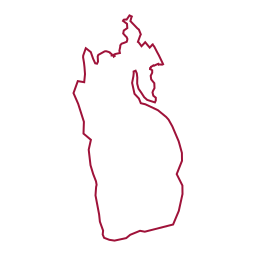 Okrika, Rivers, Nigeria
{"feature_id": "59680162B90615098764032", "entity_name": "Okrika", "entity_type": "district", "adm_level": 2, "iso_a3": "NGA", "parent_name": "Nigeria", "parent_adm1": "Rivers", "projection": "natural_earth1", "projection_center": [7.075, 4.627], "detail": "fine", "context": "isolated", "style": "outline", "palette": "rose", "viewbox_px": 256, "rotation_deg": 0, "n_neighbors": 0, "source": "geoboundaries", "source_scale": "gbopen_adm2", "svg_char_len": 2018}
<svg xmlns="http://www.w3.org/2000/svg" viewBox="0 0 256 256"><path d="M83.5,133.6L90.9,139.8L88.7,149.7L90.5,165.2L93.2,174.1L96.0,181.3L96.6,184.8L96.1,187.0L95.5,195.4L99.1,214.4L99.9,221.7L101.5,226.2L103.1,230.6L102.7,234.5L104.1,237.8L109.3,239.8L114.5,240.6L126.2,238.1L130.2,234.8L140.0,230.8L144.8,231.7L173.1,224.5L178.8,210.9L182.5,194.0L182.4,185.5L176.7,174.1L182.0,160.8L181.9,152.9L179.4,143.8L178.6,141.1L172.3,126.3L168.6,119.7L166.2,117.0L157.9,110.2L145.4,104.3L140.8,103.2L138.9,98.5L134.5,93.8L132.1,82.9L133.4,76.2L133.7,73.3L133.6,71.5L135.6,70.7L136.8,73.4L137.3,77.6L137.2,80.8L137.2,83.8L138.5,88.7L141.3,92.7L144.2,97.2L147.2,99.9L154.9,102.4L155.8,100.4L155.8,97.7L153.3,95.7L152.5,92.4L153.1,90.7L154.5,88.1L154.3,83.2L151.2,79.4L150.7,75.8L151.5,74.2L152.2,72.7L152.2,70.3L151.2,69.6L150.0,69.1L150.1,68.0L150.9,67.5L151.0,66.8L152.3,66.1L152.9,65.7L153.3,65.4L153.5,65.3L153.8,65.5L154.0,65.7L155.5,65.0L157.8,64.0L158.4,63.8L158.7,64.6L158.9,64.5L162.0,64.6L162.3,64.6L162.6,64.5L163.1,64.2L161.5,60.8L158.8,55.2L157.1,52.1L154.2,46.5L153.5,45.7L153.0,45.0L152.7,44.4L152.4,44.6L151.9,45.1L151.1,46.1L149.7,47.6L145.2,42.2L143.4,44.2L141.5,46.2L138.7,42.4L137.9,41.9L140.2,35.6L140.8,34.4L138.9,29.6L137.4,28.4L130.4,21.1L131.3,17.7L131.8,16.5L129.5,15.4L127.4,18.5L126.9,19.2L126.6,19.6L125.8,19.5L124.4,19.6L123.8,19.7L123.7,19.8L123.5,20.0L123.0,20.9L127.0,23.8L127.3,28.1L123.8,30.5L123.2,33.5L125.6,36.2L126.6,37.1L127.4,39.0L127.2,40.2L126.7,41.8L124.2,42.8L121.6,43.7L120.3,45.3L120.2,47.0L119.4,50.7L119.9,53.0L115.3,54.0L114.1,54.6L114.7,56.0L113.9,56.5L113.8,55.6L113.7,55.5L113.0,55.5L112.2,55.6L111.6,55.5L111.7,54.8L111.8,54.4L111.5,54.0L111.1,53.6L110.3,53.3L110.0,52.6L108.8,52.0L107.5,51.6L106.0,51.2L104.6,51.4L98.3,54.9L97.7,56.4L98.0,61.6L97.0,63.7L95.2,63.3L93.1,58.7L90.8,52.1L86.1,48.4L85.8,48.2L83.2,55.6L83.1,57.4L84.0,62.8L84.5,67.3L85.0,74.1L84.2,82.2L77.8,81.1L73.5,93.1L78.2,103.9L83.9,121.8L83.5,133.6Z" fill="none" stroke="#9f1239" stroke-width="2"/></svg>